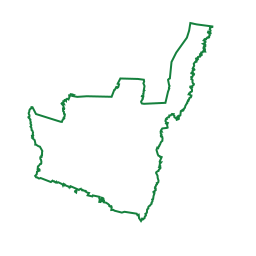 Zacualpan, Morelos, Mexico, rotated 351°
{"feature_id": "50627088B38622860816181", "entity_name": "Zacualpan", "entity_type": "district", "adm_level": 2, "iso_a3": "MEX", "parent_name": "Mexico", "parent_adm1": "Morelos", "projection": "mercator", "projection_center": [-98.741, 18.81], "detail": "fine", "context": "isolated", "style": "outline", "palette": "green", "viewbox_px": 256, "rotation_deg": 351, "n_neighbors": 0, "source": "geoboundaries", "source_scale": "gbopen_adm2", "svg_char_len": 5792}
<svg xmlns="http://www.w3.org/2000/svg" viewBox="0 0 256 256"><g transform="rotate(351 128 128)"><path d="M32.7,99.9L32.4,101.4L31.4,101.6L31.3,102.0L32.9,104.3L32.6,104.8L32.9,107.3L32.4,107.8L32.4,108.7L32.9,109.3L32.8,110.5L31.9,111.4L32.6,112.5L32.5,115.1L33.1,115.6L33.5,117.8L33.0,118.9L33.2,120.3L31.9,120.6L31.9,121.1L32.7,121.6L32.8,122.2L31.8,122.8L33.9,125.4L34.1,128.7L33.8,129.9L34.6,130.1L36.6,131.9L38.1,132.7L39.8,137.4L39.4,138.1L38.8,141.6L38.7,141.8L38.1,141.8L38.0,143.1L36.9,143.1L36.7,143.7L36.6,144.9L37.1,145.9L37.2,147.5L36.8,149.4L36.4,149.9L35.4,149.9L34.4,151.1L33.0,151.9L32.6,153.5L34.1,155.1L34.0,155.3L32.3,155.1L32.4,155.7L33.3,156.4L31.3,156.9L30.6,159.4L28.8,160.8L29.6,162.4L30.7,162.6L31.8,163.8L32.9,164.0L33.8,163.7L43.4,169.3L45.2,168.2L46.1,169.1L46.6,169.0L47.8,170.4L48.9,169.8L49.4,171.0L50.7,170.7L53.8,172.9L54.6,173.6L54.8,174.5L55.5,173.4L56.1,174.5L56.7,173.9L57.6,175.1L60.4,176.8L60.6,177.3L60.9,176.8L61.8,177.4L62.3,176.6L67.8,180.1L66.9,182.1L66.0,182.0L65.7,182.6L66.7,183.6L67.9,180.2L69.8,181.5L70.4,181.0L71.8,180.7L71.8,181.1L73.3,181.9L73.1,182.4L76.3,183.5L76.1,184.1L77.8,185.5L79.3,186.1L77.6,188.2L82.1,190.0L82.7,189.1L89.0,191.5L88.6,192.9L88.9,194.2L88.1,196.5L89.2,196.8L89.9,196.1L90.9,195.9L91.0,197.1L91.3,195.5L91.0,195.3L90.7,194.2L91.0,192.7L92.0,193.1L92.7,193.8L92.4,195.2L92.5,195.9L92.9,196.0L92.5,197.6L94.6,198.3L96.3,199.8L97.4,201.1L97.3,202.2L98.2,202.9L98.5,203.0L98.5,202.5L99.3,202.6L99.5,203.7L98.7,206.4L100.8,206.6L101.6,207.5L108.7,210.6L111.4,210.2L123.2,214.0L123.7,215.6L125.0,215.3L124.8,218.7L126.3,221.9L127.3,220.7L128.3,220.6L128.0,219.8L129.2,220.0L130.2,219.7L130.8,218.0L131.7,217.5L132.2,216.8L131.7,215.6L133.4,214.6L134.2,211.4L135.5,210.7L135.6,209.4L136.3,208.6L137.8,208.0L138.3,207.2L139.5,206.5L139.6,205.3L140.6,204.4L140.9,203.6L140.7,202.4L141.7,202.1L142.6,199.1L143.8,196.9L144.0,196.0L143.2,195.8L143.1,195.1L145.6,193.8L145.8,192.6L145.4,192.5L145.2,191.9L145.7,191.4L145.4,190.7L146.3,189.9L146.8,188.7L147.8,188.2L147.8,186.9L149.2,186.6L149.5,186.2L149.9,184.6L149.5,181.9L149.7,179.7L148.7,176.8L148.9,176.2L150.5,175.3L151.4,175.2L151.9,174.1L153.7,172.8L153.8,172.4L152.9,171.8L153.8,171.3L153.9,170.7L153.1,170.4L153.6,169.5L153.7,168.6L155.3,167.1L154.1,166.9L154.0,166.2L156.7,162.0L156.2,161.7L155.6,162.0L155.2,161.7L154.9,160.7L153.8,160.2L153.3,158.8L152.7,154.1L153.8,152.0L154.7,152.6L155.1,151.5L155.9,151.0L156.1,150.1L157.0,149.5L157.8,147.9L158.7,146.8L159.9,146.1L160.5,143.6L160.4,141.8L159.5,141.8L159.2,141.4L159.2,140.8L160.1,139.5L159.5,138.7L159.7,136.4L160.0,136.1L160.7,136.5L160.4,135.3L161.8,133.8L166.4,134.0L167.2,133.8L167.1,131.0L167.8,129.8L166.6,129.9L166.3,129.5L167.4,128.9L166.7,128.5L166.1,127.3L166.3,126.2L166.6,125.8L167.5,125.4L167.1,124.9L167.8,124.3L169.1,123.7L170.1,123.8L170.5,123.2L170.7,122.1L172.2,122.2L173.6,121.0L175.2,121.4L174.7,122.2L175.7,123.2L175.5,124.5L176.6,125.7L177.2,125.7L177.4,127.5L178.5,127.3L177.9,125.5L178.1,125.2L179.0,126.3L179.7,126.6L179.9,125.3L179.3,124.4L179.4,124.0L180.0,123.8L180.6,124.2L181.7,123.7L182.8,119.6L184.6,118.7L184.1,119.6L185.3,119.4L186.7,117.3L187.4,116.9L188.0,115.3L189.5,113.4L190.3,112.8L190.2,112.4L191.2,110.8L191.6,111.0L192.0,110.6L191.8,109.9L192.8,109.3L193.1,108.3L193.6,107.8L194.8,107.6L195.4,106.8L195.7,105.8L194.8,105.5L194.1,104.4L193.2,104.2L193.8,103.3L194.7,103.1L195.3,102.2L196.5,102.1L197.0,101.6L197.2,99.8L195.8,97.3L196.1,96.8L196.7,97.1L196.8,98.0L197.4,98.1L197.8,97.9L197.9,96.6L199.6,95.7L199.9,95.2L199.9,94.7L199.1,94.0L198.8,92.6L199.3,91.0L199.2,90.5L198.2,89.7L198.8,88.6L198.4,88.1L198.4,87.6L199.7,87.4L200.6,85.7L201.4,85.7L201.7,85.1L201.2,84.3L200.0,84.4L199.1,83.9L199.3,83.4L200.7,82.5L200.7,81.7L202.7,80.8L202.5,80.1L202.1,79.8L201.2,79.8L201.1,79.5L203.1,76.9L203.0,74.8L204.6,73.3L205.1,73.4L205.5,72.7L206.1,73.0L206.4,72.2L207.9,70.9L207.8,70.7L206.2,70.9L206.0,70.2L206.3,69.9L207.4,70.0L208.2,68.9L208.7,69.1L209.7,68.4L210.3,68.7L210.7,68.1L210.7,67.0L211.8,67.7L212.3,67.4L212.1,66.0L211.7,65.7L212.2,64.8L213.5,64.9L213.9,64.2L214.4,64.2L216.2,64.6L216.1,63.8L215.4,63.8L214.9,63.1L215.2,62.5L216.1,62.8L216.3,62.4L215.1,61.2L215.3,60.9L216.1,61.2L216.0,60.2L215.4,60.0L215.8,59.2L216.5,59.5L217.1,59.4L217.4,58.0L215.5,56.6L217.1,56.3L217.1,55.7L218.0,55.2L218.0,54.5L216.4,53.4L217.6,52.2L218.9,52.4L218.9,52.1L220.1,51.6L220.3,51.1L220.8,50.9L221.8,51.4L222.3,51.1L222.3,50.1L223.2,49.4L223.1,48.0L224.4,47.5L224.4,47.1L224.3,46.7L222.2,46.5L221.9,46.2L222.1,45.7L222.4,45.3L223.4,46.1L224.3,45.6L224.8,44.7L224.2,43.3L224.6,43.1L224.7,41.7L227.1,41.4L227.2,40.9L212.0,36.4L206.0,34.1L203.6,41.4L200.3,48.0L187.4,61.1L181.3,69.6L177.1,85.6L175.9,86.0L175.1,86.7L175.3,92.1L175.6,92.6L175.4,93.5L174.8,94.3L174.6,95.5L174.8,95.6L173.2,98.4L168.9,109.0L147.6,106.6L145.6,106.0L145.1,104.8L145.1,103.9L147.2,101.5L147.0,101.0L147.9,99.7L146.7,98.8L146.9,98.5L147.8,98.8L148.1,98.6L148.4,97.6L148.4,96.4L148.9,96.0L149.1,94.3L150.0,93.5L149.5,93.1L150.9,89.2L150.2,86.2L151.2,84.7L151.2,82.8L145.4,81.1L128.2,77.9L124.7,82.7L126.0,83.4L124.7,86.2L123.8,86.6L123.6,85.9L122.9,85.6L121.0,88.2L120.4,88.2L116.7,94.6L92.3,90.2L82.7,89.3L78.2,87.7L78.7,86.9L79.3,86.7L78.0,86.0L77.4,86.2L76.8,85.6L76.4,85.8L76.0,87.0L75.0,86.7L75.0,88.3L73.7,90.5L72.4,89.6L71.2,90.2L71.0,91.4L70.2,90.4L69.8,90.4L69.3,91.5L68.3,91.4L68.0,92.5L68.4,94.0L67.1,93.2L66.6,93.1L66.2,93.5L67.7,96.1L67.7,97.0L67.3,98.0L67.8,98.1L68.1,98.6L67.9,99.2L66.8,98.9L66.6,101.3L67.2,101.9L67.0,104.0L67.8,104.6L67.0,107.1L66.1,107.6L65.8,108.2L66.3,108.7L64.5,110.0L63.7,111.6L62.7,111.4L59.2,109.7L39.3,99.8L36.9,92.5L35.9,92.3L35.5,93.5L34.6,93.7L33.4,95.0L33.0,96.6L32.2,97.8L32.3,98.9L32.7,99.9Z" fill="none" stroke="#15803d" stroke-width="2"/></g></svg>